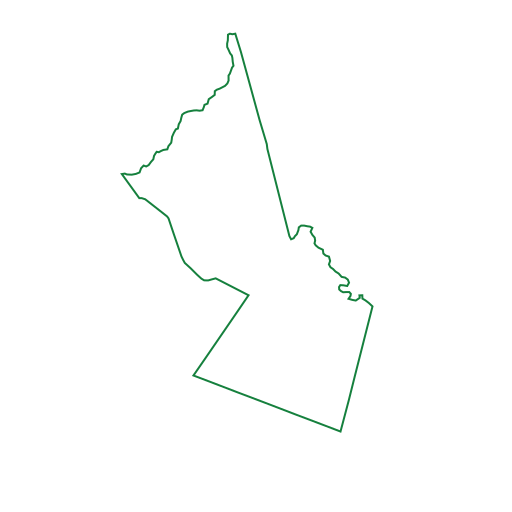 Governador Eugênio Barros, Maranhão, Brazil, rotated 231°
{"feature_id": "56859067B76499051658500", "entity_name": "Governador Eugênio Barros", "entity_type": "district", "adm_level": 2, "iso_a3": "BRA", "parent_name": "Brazil", "parent_adm1": "Maranhão", "projection": "orthographic", "projection_center": [-43.999, -5.389], "detail": "fine", "context": "isolated", "style": "outline", "palette": "green", "viewbox_px": 512, "rotation_deg": 231, "n_neighbors": 0, "source": "geoboundaries", "source_scale": "gbopen_adm2", "svg_char_len": 2023}
<svg xmlns="http://www.w3.org/2000/svg" viewBox="0 0 512 512"><g transform="rotate(231 256 256)"><path d="M441.8,379.8L443.2,377.2L445.2,375.6L445.6,373.5L441.3,369.8L439.2,367.2L436.5,365.1L433.4,364.4L429.7,363.4L427.0,363.4L424.8,362.3L421.5,360.1L418.0,358.2L417.5,356.0L414.2,350.5L413.5,348.2L409.6,345.1L408.1,342.3L407.7,339.0L408.9,333.1L409.9,330.2L410.0,327.7L407.2,325.3L407.3,322.1L407.6,318.0L404.9,314.2L405.9,311.1L404.5,309.1L402.9,306.2L404.4,303.6L406.6,301.5L408.2,299.3L409.8,296.4L411.1,293.9L412.2,290.3L412.3,287.6L410.4,284.9L408.3,282.3L407.0,278.9L404.2,275.5L404.9,273.4L403.5,269.8L401.4,265.7L399.6,263.9L397.4,261.4L396.5,257.1L394.7,254.2L396.7,250.8L397.4,248.2L397.8,245.8L399.5,244.4L398.8,242.0L398.0,239.8L395.8,237.1L395.2,233.6L394.2,229.8L394.7,227.0L397.0,225.6L396.5,221.9L394.2,218.1L395.4,214.3L397.4,210.6L400.6,207.0L402.6,205.9L404.1,203.3L374.4,201.7L372.9,203.6L369.8,205.6L361.2,207.6L342.7,211.8L340.3,211.7L333.6,209.2L325.0,206.0L302.6,197.8L298.7,196.9L295.4,196.3L287.5,197.5L278.8,198.4L272.8,199.3L269.7,200.4L267.1,203.5L265.7,206.8L264.0,210.6L230.2,225.5L224.1,205.2L208.6,153.0L202.5,132.2L178.9,145.9L161.4,156.0L137.6,169.9L108.0,187.0L83.5,201.3L66.4,211.2L85.4,237.2L100.0,256.6L143.5,314.8L148.6,314.1L152.7,313.1L155.9,311.9L158.6,313.9L160.3,311.6L158.2,310.3L158.6,305.5L161.3,303.2L164.5,301.0L165.5,304.3L166.9,305.9L169.3,305.8L171.0,303.7L173.0,300.9L175.1,300.0L177.6,299.6L179.6,301.0L180.3,303.2L178.2,305.5L175.3,308.0L176.7,311.5L179.9,312.5L183.1,311.7L185.9,309.4L190.4,309.2L193.9,308.0L197.4,307.7L200.4,306.8L203.6,307.4L205.5,310.5L209.6,312.3L212.6,310.4L215.5,309.9L218.8,311.9L223.1,309.8L226.7,309.1L229.0,309.4L230.8,311.7L233.4,313.2L236.9,313.1L240.5,313.7L242.4,317.5L244.8,316.5L246.7,314.7L249.4,312.5L251.2,310.2L251.3,307.3L249.4,305.2L247.2,301.4L246.9,298.7L246.1,296.5L246.9,293.8L250.5,294.5L332.0,332.2L336.2,334.8L359.3,344.3L398.3,361.4L424.1,372.7L441.8,379.8Z" fill="none" stroke="#15803d" stroke-width="2"/></g></svg>